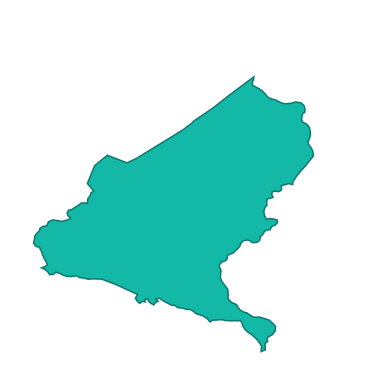 São Bento do Sul, Santa Catarina, Brazil (Natural Earth projection), rotated 292°
{"feature_id": "56859067B90666299888242", "entity_name": "São Bento do Sul", "entity_type": "district", "adm_level": 2, "iso_a3": "BRA", "parent_name": "Brazil", "parent_adm1": "Santa Catarina", "projection": "natural_earth1", "projection_center": [-49.376, -26.295], "detail": "fine", "context": "isolated", "style": "filled", "palette": "teal", "viewbox_px": 384, "rotation_deg": 292, "n_neighbors": 0, "source": "geoboundaries", "source_scale": "gbopen_adm2", "svg_char_len": 2978}
<svg xmlns="http://www.w3.org/2000/svg" viewBox="0 0 384 384"><g transform="rotate(292 192 192)"><path d="M65.2,84.0L64.0,88.0L62.0,91.0L63.7,94.3L66.4,95.6L67.1,99.6L66.6,103.6L67.1,108.3L68.6,112.2L71.1,116.4L70.5,119.7L71.5,123.4L72.3,128.6L74.5,132.9L76.0,137.3L77.3,140.6L77.5,144.3L77.7,155.2L76.6,179.9L72.3,179.3L70.1,182.4L69.1,185.2L71.9,186.9L72.5,189.7L74.7,188.6L76.3,190.8L74.3,192.8L73.3,195.5L73.1,199.0L76.1,199.6L77.9,201.6L79.3,198.5L81.3,201.9L80.2,206.7L79.7,211.5L79.4,215.3L80.5,218.6L79.4,222.1L80.8,226.7L81.2,231.2L82.5,235.2L81.7,238.4L80.7,241.6L81.0,245.2L81.3,248.8L80.3,253.5L78.2,257.4L80.9,259.2L82.2,262.1L83.6,265.0L84.9,267.6L85.3,271.1L86.5,274.3L87.4,277.1L88.7,279.8L89.5,282.4L91.0,284.9L89.5,287.2L86.9,289.1L84.5,292.6L82.8,296.9L82.2,300.3L81.1,303.4L79.8,307.1L77.4,311.2L74.8,314.5L72.4,315.0L69.9,315.9L73.1,319.1L76.4,317.5L79.0,316.5L81.8,318.2L83.6,316.5L86.3,317.1L89.6,319.8L94.2,321.2L98.5,319.8L100.7,315.6L102.1,311.5L101.8,306.3L101.2,301.0L99.1,296.5L99.5,292.2L100.5,288.5L100.0,284.7L100.7,280.9L102.1,278.1L104.3,275.3L104.4,270.3L105.6,267.3L106.9,265.0L110.0,264.3L112.3,263.1L115.3,261.5L117.6,257.6L120.3,253.2L122.4,250.9L125.2,249.7L130.4,248.2L133.3,244.9L136.3,245.0L139.2,246.5L140.8,248.8L143.3,249.6L146.3,248.5L148.5,250.5L151.2,253.2L154.0,254.3L156.2,255.5L159.6,256.6L163.0,256.6L166.1,257.9L168.2,261.3L168.7,264.1L167.6,266.7L168.9,269.7L170.5,271.8L172.9,272.8L176.3,272.1L179.2,273.6L182.9,274.0L185.0,276.2L186.3,278.6L189.9,278.8L192.8,281.7L195.7,282.7L198.0,281.3L197.5,277.7L196.3,273.6L194.7,271.0L197.5,267.9L201.0,265.8L205.3,265.4L207.7,266.5L210.6,265.0L213.9,264.3L215.3,266.8L217.4,269.1L219.6,266.8L222.5,266.4L224.0,269.0L224.6,271.9L226.7,273.9L229.0,273.7L231.4,272.4L233.5,275.4L236.0,278.5L236.6,282.6L239.4,281.6L247.6,283.5L253.1,285.3L258.7,287.4L271.0,291.1L275.3,288.5L277.8,285.6L279.9,282.1L282.4,280.6L284.6,281.0L288.0,280.6L290.4,280.0L293.7,278.2L296.6,275.7L297.9,272.4L298.2,268.5L300.5,266.2L303.0,265.9L305.3,265.1L308.0,266.6L311.0,265.9L314.0,263.6L315.4,260.0L315.0,256.9L314.0,253.9L311.6,251.0L309.5,247.0L308.3,243.9L308.2,240.9L308.4,237.4L308.6,234.1L308.0,231.1L308.2,227.1L310.4,223.1L312.1,219.0L313.0,215.0L313.2,211.1L313.6,208.4L316.1,206.9L319.5,206.9L322.0,206.2L295.1,189.9L277.9,180.1L258.1,166.8L255.6,166.0L246.6,160.5L234.0,151.3L202.1,127.7L194.7,120.8L194.6,116.6L194.6,113.7L194.5,109.5L194.3,99.7L180.1,91.9L177.2,91.8L174.2,91.8L165.7,91.8L160.7,91.8L156.0,100.6L153.5,98.7L149.7,98.8L147.3,97.9L144.4,98.5L142.2,99.4L141.8,96.7L140.4,93.5L137.8,92.1L135.3,90.4L133.0,88.6L130.4,86.9L128.8,84.3L126.0,84.0L123.5,85.8L122.6,89.2L120.0,87.7L117.8,84.7L115.9,82.3L115.3,78.5L113.9,73.3L110.6,70.0L106.4,70.1L104.3,66.7L101.3,64.7L98.8,65.0L96.1,63.7L92.6,62.8L89.5,63.5L85.1,64.3L83.1,67.8L83.6,71.1L80.9,74.2L77.5,77.4L75.5,79.1L73.3,82.1L70.4,85.2L67.8,83.6L65.2,80.9L65.2,84.0Z" fill="#14b8a6" stroke="#0f766e" stroke-width="1.5"/></g></svg>